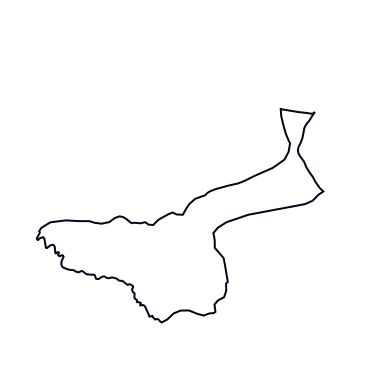 Cavala, Grand Gedeh, Liberia (Mercator projection), rotated 209°
{"feature_id": "62588387B63271162227743", "entity_name": "Cavala", "entity_type": "district", "adm_level": 2, "iso_a3": "LBR", "parent_name": "Liberia", "parent_adm1": "Grand Gedeh", "projection": "mercator", "projection_center": [-8.18, 6.013], "detail": "fine", "context": "isolated", "style": "outline", "palette": "ink", "viewbox_px": 384, "rotation_deg": 209, "n_neighbors": 0, "source": "geoboundaries", "source_scale": "gbopen_adm2", "svg_char_len": 2975}
<svg xmlns="http://www.w3.org/2000/svg" viewBox="0 0 384 384"><g transform="rotate(209 192 192)"><path d="M154.6,307.6L150.8,301.7L144.4,294.6L137.8,288.1L132.7,284.1L129.8,282.1L127.1,274.3L127.0,273.9L126.8,265.2L133.0,252.3L144.5,237.2L151.9,226.6L155.2,222.6L155.9,221.8L163.4,215.1L172.7,206.0L174.0,204.4L176.7,201.1L178.2,198.4L178.9,195.5L179.6,194.8L182.6,191.3L185.8,187.7L188.5,180.3L189.0,174.5L189.0,167.7L189.7,167.3L194.3,165.0L199.1,164.6L201.8,161.2L203.2,158.9L203.4,158.7L207.6,151.9L208.0,151.2L209.9,144.4L213.9,142.4L218.3,142.9L221.6,139.8L228.0,136.9L229.8,135.4L232.9,135.9L236.0,136.5L238.8,136.6L240.0,136.7L243.5,135.6L246.8,132.0L249.8,125.5L255.8,120.4L258.6,119.3L261.6,118.1L262.0,117.9L267.5,116.8L274.6,112.9L275.8,112.2L282.1,109.1L288.3,106.2L291.9,103.6L295.6,100.9L301.1,96.9L303.3,93.1L306.5,87.3L306.6,83.6L306.4,83.6L305.3,82.5L305.3,80.5L305.3,77.8L305.1,75.9L304.0,75.3L303.3,75.5L302.9,77.3L301.7,78.9L300.2,80.3L298.4,79.5L296.9,77.6L292.7,72.4L291.8,72.5L291.0,74.3L289.7,77.0L288.3,78.3L287.3,78.5L285.6,77.7L283.6,74.7L282.2,72.6L281.2,72.3L280.9,73.1L280.7,74.0L279.9,74.3L279.3,74.6L278.8,74.0L278.7,73.2L278.5,72.0L277.8,71.6L276.2,71.9L275.8,72.9L274.7,73.8L274.0,73.9L272.9,73.1L272.6,69.4L272.3,67.5L271.1,65.3L269.6,63.9L268.1,63.5L265.4,63.8L263.0,64.1L262.2,64.4L260.4,65.0L257.5,66.3L255.5,66.0L252.3,66.7L251.2,68.1L250.1,69.6L248.4,69.6L246.1,69.1L243.6,69.1L242.3,69.9L240.5,70.5L238.6,71.8L236.7,72.1L235.3,70.9L234.1,69.7L232.8,69.9L231.4,70.7L230.5,72.6L229.0,74.9L227.9,75.7L225.2,75.6L223.7,75.9L222.3,76.8L220.7,78.5L216.3,79.7L212.8,79.2L212.0,79.4L210.6,80.2L209.0,80.5L206.7,80.0L204.7,79.7L203.3,79.6L202.7,80.2L201.9,81.2L201.1,81.3L198.0,81.1L197.3,80.0L197.4,77.9L195.2,75.8L193.1,75.5L192.5,74.4L191.7,72.6L191.0,71.5L189.2,70.8L187.8,70.8L187.3,70.2L186.8,69.1L185.8,69.3L185.0,70.0L183.6,70.1L182.9,70.0L182.9,69.6L182.9,68.8L182.4,67.8L181.6,68.1L180.6,69.2L179.1,69.5L177.0,68.8L176.3,68.2L174.3,66.6L170.1,63.7L169.9,63.1L168.7,62.4L167.5,63.5L166.6,64.4L164.5,63.2L162.4,62.6L161.9,63.2L161.3,63.8L159.7,64.3L156.7,63.2L155.5,63.5L155.1,63.4L151.8,68.6L149.1,77.0L146.8,79.9L144.4,82.8L137.3,86.9L136.4,87.0L128.4,88.0L121.8,89.6L118.2,94.0L114.5,96.5L113.4,98.5L115.8,101.8L117.8,104.5L116.7,109.8L112.9,115.6L114.2,122.3L114.4,122.5L117.8,128.5L117.1,130.7L127.9,144.3L132.4,149.6L145.0,154.2L148.8,160.9L153.4,166.5L152.1,173.2L147.2,182.3L131.6,199.5L110.1,217.3L87.4,236.1L85.6,238.4L82.3,242.8L81.3,246.4L80.1,250.8L77.4,256.1L81.9,257.3L85.9,259.2L89.4,260.9L93.4,263.7L98.8,266.1L99.2,266.4L103.9,269.0L108.6,272.8L113.8,275.2L115.9,276.4L117.4,277.2L117.7,277.5L118.7,278.7L119.4,279.5L119.6,279.8L119.8,280.5L120.7,283.4L120.8,288.0L121.6,292.9L123.6,299.0L124.3,301.0L124.7,302.2L124.9,304.6L124.8,305.6L124.7,307.7L124.0,311.0L123.7,317.3L123.3,321.6L124.5,318.8L125.2,318.5L129.8,316.8L138.0,313.4L153.4,307.9L154.6,307.6Z" fill="none" stroke="#020617" stroke-width="2"/></g></svg>